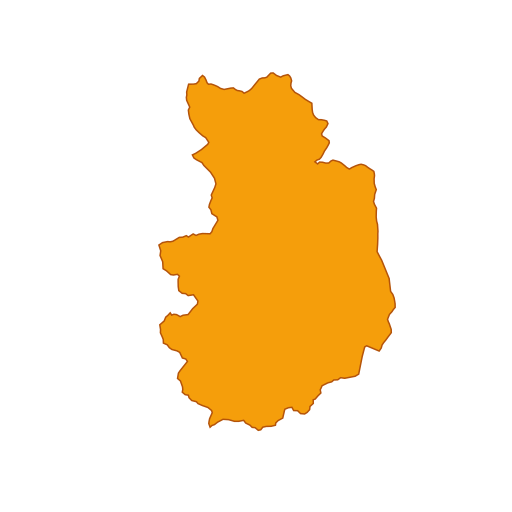 outline of Acauã, Piauí, Brazil, rotated 126°
{"feature_id": "56859067B70456575325692", "entity_name": "Acauã", "entity_type": "district", "adm_level": 2, "iso_a3": "BRA", "parent_name": "Brazil", "parent_adm1": "Piauí", "projection": "albers", "projection_center": [-41.014, -8.33], "detail": "fine", "context": "isolated", "style": "filled", "palette": "amber", "viewbox_px": 512, "rotation_deg": 126, "n_neighbors": 0, "source": "geoboundaries", "source_scale": "gbopen_adm2", "svg_char_len": 3937}
<svg xmlns="http://www.w3.org/2000/svg" viewBox="0 0 512 512"><g transform="rotate(126 256 256)"><path d="M291.2,103.5L274.9,111.0L265.7,114.6L263.6,113.7L260.5,100.5L256.8,100.6L253.9,101.7L251.1,101.8L247.8,101.6L244.1,101.6L238.5,101.5L235.9,103.5L234.0,106.2L232.5,108.3L231.4,110.3L229.9,112.4L224.8,113.7L221.3,113.3L218.4,113.4L215.8,113.2L212.9,115.4L211.2,117.1L208.8,119.6L206.7,122.7L205.5,126.3L197.8,133.4L196.0,135.0L185.6,151.8L183.2,156.8L181.3,160.6L174.9,164.6L170.0,167.9L166.3,170.6L164.4,171.8L159.0,176.3L156.9,178.9L153.8,181.7L148.9,185.1L146.5,186.6L144.6,190.5L142.8,193.0L139.8,194.1L136.4,196.2L131.6,197.7L130.0,200.2L127.8,203.0L124.2,205.8L121.4,207.3L119.9,208.6L118.3,210.4L118.3,212.6L118.5,215.2L118.6,217.8L118.5,220.3L119.0,222.4L120.0,224.9L121.5,226.3L124.2,228.2L128.2,230.5L130.8,231.6L131.1,234.6L130.8,237.2L130.6,241.7L130.9,244.1L131.9,246.8L133.2,250.1L135.1,251.2L138.0,251.8L139.8,254.1L141.0,257.2L142.6,259.7L145.3,260.3L145.2,263.7L142.4,263.0L140.4,261.6L137.9,261.3L134.1,261.7L130.8,262.3L126.9,262.4L123.6,262.8L121.4,263.2L119.8,264.7L119.7,269.2L120.0,273.0L118.6,274.8L115.8,275.1L113.3,275.2L110.3,274.9L106.6,275.6L105.2,278.1L105.9,280.2L107.3,283.2L109.0,285.6L109.0,289.1L108.2,292.1L106.7,294.5L104.4,296.7L99.6,300.6L99.9,303.6L100.3,308.1L100.2,312.1L100.2,316.1L100.8,320.8L99.5,325.9L97.8,328.0L95.4,329.4L93.4,330.1L91.5,332.5L90.6,334.7L90.5,336.8L94.2,339.9L96.8,341.2L97.9,345.6L97.8,349.7L99.4,351.6L103.0,352.1L105.1,352.4L106.8,353.7L108.3,355.6L110.9,357.3L114.6,357.5L118.0,357.7L122.5,357.9L124.8,358.3L127.0,359.0L131.3,361.3L131.1,364.0L132.1,366.5L133.1,368.4L133.4,370.5L133.3,373.1L135.0,375.1L140.0,379.7L141.3,383.3L141.5,386.6L141.9,388.6L142.5,391.0L143.3,393.5L145.0,395.4L144.6,397.5L143.1,399.7L141.5,402.8L141.4,405.4L145.6,406.2L148.1,405.0L151.7,405.6L153.7,407.6L156.6,411.5L164.1,408.5L166.4,406.6L168.6,405.6L170.8,403.6L174.5,397.1L177.7,396.5L180.6,393.8L183.8,390.2L187.0,383.5L188.1,381.7L189.1,378.5L189.7,374.4L190.1,369.7L189.8,366.3L191.8,361.0L194.0,360.7L202.0,362.7L208.3,365.1L211.6,366.9L213.2,363.8L213.1,360.7L212.2,354.6L213.4,351.4L214.9,342.1L217.5,335.3L221.2,330.8L224.9,329.6L233.0,328.0L234.8,325.6L237.5,325.1L241.6,324.0L244.2,322.8L245.1,319.7L247.7,316.6L247.5,313.0L247.3,310.7L249.5,307.8L259.1,307.0L262.3,306.0L265.0,306.2L269.3,312.5L271.9,315.0L274.6,316.6L275.1,319.8L277.7,320.8L280.4,321.8L280.5,324.3L283.9,326.4L286.0,329.0L292.9,331.9L295.0,333.8L296.3,336.0L300.1,339.5L304.2,341.0L307.8,336.1L312.0,333.9L315.5,328.1L320.9,323.7L320.6,319.8L321.2,314.1L319.9,311.6L317.0,308.8L317.3,306.1L320.6,305.3L322.7,303.8L326.5,300.9L329.4,298.1L329.6,293.8L327.8,290.8L327.9,287.6L324.1,283.8L326.6,276.5L329.4,275.1L335.9,276.3L343.3,276.5L346.8,280.2L349.6,281.7L350.1,285.8L351.4,288.2L353.4,289.5L352.4,292.0L355.8,292.4L358.5,293.1L362.5,292.1L368.2,293.4L371.6,290.0L374.3,288.2L376.6,284.2L378.0,282.0L380.9,279.7L380.0,275.6L381.1,272.3L381.1,269.2L379.2,264.2L378.8,261.1L381.8,255.6L380.6,252.3L381.6,249.5L393.3,250.0L396.4,249.9L401.2,247.5L401.5,243.7L405.0,238.6L407.0,236.8L409.5,235.6L409.8,231.8L408.4,228.9L410.0,226.9L410.7,223.1L408.9,218.5L409.5,216.2L408.5,211.5L406.8,205.8L407.1,201.1L408.5,199.3L414.9,197.9L417.5,196.7L419.3,195.7L421.5,192.5L419.0,192.0L416.8,190.5L413.0,189.4L407.5,186.7L404.5,182.0L402.4,176.2L400.0,172.9L396.2,169.4L397.2,166.2L396.4,161.4L396.9,158.4L395.4,155.8L395.7,151.7L393.8,150.0L390.5,149.9L387.8,147.5L384.9,143.7L381.5,140.8L379.4,141.9L376.2,141.4L371.4,139.1L365.1,141.8L363.0,142.6L359.7,140.6L357.3,138.0L358.9,134.7L356.7,131.4L357.3,127.3L355.2,123.8L352.5,122.7L348.8,122.3L346.0,123.9L341.6,123.0L338.7,125.2L336.9,124.0L332.8,123.7L328.7,123.0L326.5,125.4L324.3,125.8L322.1,126.3L316.5,123.4L313.3,120.8L310.6,120.2L308.1,117.1L304.7,116.0L302.8,112.4L295.0,105.1L291.2,103.5Z" fill="#f59e0b" stroke="#b45309" stroke-width="1.5"/></g></svg>